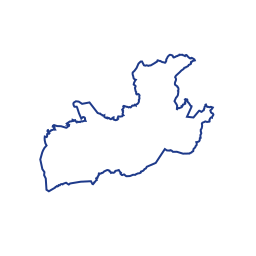 the district of Namosi, Central, Fiji, rotated 115°
{"feature_id": "14151628B28251361437248", "entity_name": "Namosi", "entity_type": "district", "adm_level": 2, "iso_a3": "FJI", "parent_name": "Fiji", "parent_adm1": "Central", "projection": "albers", "projection_center": [178.074, -18.067], "detail": "fine", "context": "isolated", "style": "outline", "palette": "blue", "viewbox_px": 256, "rotation_deg": 115, "n_neighbors": 0, "source": "geoboundaries", "source_scale": "gbopen_adm2", "svg_char_len": 5788}
<svg xmlns="http://www.w3.org/2000/svg" viewBox="0 0 256 256"><g transform="rotate(115 128 128)"><path d="M83.1,56.3L82.5,56.5L80.0,56.2L79.6,56.4L79.0,57.3L79.1,58.5L78.7,59.5L77.3,60.8L74.8,59.9L73.6,59.8L73.8,61.9L74.8,63.0L74.9,64.1L75.4,65.1L74.6,66.4L73.8,67.3L74.2,67.6L75.2,66.9L75.7,67.4L76.7,67.5L77.8,67.1L78.7,67.2L79.3,66.9L80.0,66.9L80.5,67.4L81.8,67.9L82.4,68.4L82.1,70.4L82.4,70.9L90.8,73.1L92.9,79.3L82.1,79.4L81.4,79.6L81.4,80.7L79.7,83.3L79.2,84.8L78.8,85.1L78.7,85.5L77.3,86.2L77.1,86.7L77.5,87.6L77.5,88.1L78.0,88.4L78.2,88.0L80.4,87.0L80.9,87.2L81.3,86.6L81.7,86.4L82.2,86.6L83.6,88.1L84.7,87.9L85.4,88.6L85.8,88.1L86.4,88.1L88.4,90.0L88.4,90.3L88.8,90.8L88.8,91.5L89.2,91.7L89.5,91.3L90.2,91.4L90.2,91.7L87.1,92.8L86.2,93.8L84.0,97.2L80.2,97.3L78.8,96.8L77.1,96.7L73.8,97.7L73.3,98.4L72.9,98.3L72.1,98.4L70.9,99.0L70.1,99.7L70.0,100.4L69.4,100.9L69.1,102.4L69.1,103.1L68.6,103.9L67.4,104.5L66.2,104.7L65.1,104.7L63.9,104.9L62.8,105.6L62.1,106.7L61.2,106.8L59.9,106.5L55.6,104.7L53.3,103.9L51.1,102.6L49.6,102.4L48.8,101.3L48.3,101.2L46.7,99.8L45.1,99.6L44.5,98.9L43.3,98.1L42.5,98.3L42.3,98.6L41.5,98.8L41.1,98.6L40.9,98.1L39.8,97.6L38.5,96.0L37.8,96.8L37.6,97.9L37.5,99.9L38.4,100.4L38.3,101.1L38.7,101.6L38.6,101.9L37.8,104.6L37.4,104.9L37.2,106.0L37.6,106.5L38.7,106.7L38.6,107.9L38.8,108.8L38.6,109.6L39.4,111.1L39.7,112.2L39.8,112.4L40.4,112.4L41.2,113.3L41.9,113.6L42.5,114.6L43.4,115.0L44.3,116.0L44.7,116.2L44.8,116.6L44.5,117.1L43.5,118.3L43.7,120.3L44.1,121.1L45.3,121.7L46.7,122.1L48.7,122.1L49.4,122.3L50.3,122.1L50.9,121.7L53.0,121.8L53.3,122.3L53.3,123.0L53.8,124.9L53.6,127.1L54.0,128.1L54.0,129.2L54.2,129.8L55.5,129.8L56.2,130.0L56.9,130.8L57.4,130.9L61.6,133.8L62.5,135.3L63.0,135.7L63.3,137.6L64.2,138.7L64.4,140.1L61.8,143.4L62.4,144.6L65.2,145.7L70.0,145.6L73.4,146.3L75.7,147.2L76.6,146.9L77.8,146.2L78.7,145.3L80.7,143.8L81.1,142.4L81.0,141.3L82.5,141.6L84.6,141.6L86.2,141.2L86.6,139.1L87.3,138.6L88.7,138.7L91.6,136.5L91.9,135.8L93.3,135.2L93.8,134.6L93.8,134.0L92.9,133.2L92.9,132.8L93.0,132.1L93.6,131.3L94.5,131.2L96.6,130.0L97.8,130.1L98.0,129.8L98.5,129.8L99.6,129.2L101.2,129.3L102.4,129.7L103.0,130.4L103.8,130.8L104.3,130.5L104.2,131.8L105.0,131.9L105.3,132.2L105.6,133.2L106.1,133.7L107.2,133.9L108.2,134.3L108.3,135.4L109.1,136.1L109.0,137.3L109.3,137.8L109.7,141.1L110.0,141.4L110.6,141.4L111.3,140.5L112.1,140.5L113.7,141.0L114.2,140.0L114.8,140.2L115.5,139.2L117.6,138.9L118.4,137.5L119.0,138.2L119.8,138.2L121.0,139.9L121.6,141.7L123.6,141.6L123.9,140.8L125.0,141.2L126.1,142.4L126.4,144.2L126.3,144.7L124.5,145.6L125.3,146.3L126.7,146.7L127.3,147.3L127.3,148.4L127.0,149.0L127.0,149.8L127.8,150.3L127.3,151.4L127.6,151.8L128.1,151.9L128.1,153.6L128.0,154.0L127.6,154.4L126.6,154.8L126.9,155.0L126.9,155.5L127.4,156.3L127.2,156.5L127.1,157.0L127.1,158.3L126.7,159.2L127.0,159.6L127.2,161.9L121.1,173.7L125.5,179.8L124.9,183.8L125.8,186.5L127.8,187.8L128.7,187.9L129.4,187.6L130.3,186.9L131.3,185.7L131.3,185.3L130.4,183.5L131.0,182.7L135.3,178.7L139.2,174.3L137.4,173.6L137.0,173.3L136.8,172.0L137.2,171.2L138.5,170.5L139.5,169.5L139.8,170.4L141.5,172.3L141.6,173.0L142.2,173.6L142.8,173.9L142.8,174.4L143.4,175.1L143.4,176.1L143.1,176.0L143.8,176.4L143.7,176.7L143.9,177.0L144.1,176.6L144.4,176.7L144.0,177.4L144.2,177.8L143.8,178.5L143.9,179.0L143.3,179.3L143.6,179.8L143.9,179.8L144.6,180.4L144.5,180.6L144.0,180.9L144.0,181.7L145.2,181.3L146.1,182.4L146.7,183.5L149.7,185.3L149.9,184.0L150.7,184.3L150.0,182.7L151.2,182.4L152.2,183.2L153.2,183.5L153.9,184.1L154.7,189.5L156.2,193.0L156.6,196.3L157.7,197.0L158.6,196.8L158.6,196.5L158.2,196.0L158.5,195.6L158.4,195.0L158.8,194.7L159.4,194.8L159.5,194.3L159.9,194.1L160.3,193.4L160.5,193.7L160.4,194.1L160.7,194.8L161.6,195.5L162.3,196.5L162.7,196.8L163.7,196.9L164.1,197.3L164.4,198.2L164.4,198.8L163.7,199.6L163.9,199.8L164.6,199.8L165.1,199.5L166.2,197.0L166.7,197.2L166.8,197.9L167.5,198.7L167.8,198.7L169.6,197.8L170.2,197.8L170.6,197.9L170.9,199.8L172.4,199.3L174.3,198.3L176.8,196.4L178.3,194.4L181.3,195.3L184.0,195.5L186.4,195.4L193.6,194.2L201.5,188.2L203.3,185.1L206.2,184.1L208.5,181.2L218.4,175.8L218.8,173.0L212.9,168.9L212.0,168.8L211.5,168.2L210.7,167.9L210.7,167.1L210.1,166.7L209.8,166.6L209.1,166.7L208.7,165.6L207.6,165.3L207.2,164.9L206.7,164.1L206.7,163.4L206.0,163.2L203.8,161.0L204.3,157.9L203.9,157.5L202.8,157.1L196.7,148.2L191.9,139.1L193.3,137.2L193.5,136.5L194.5,136.0L193.9,136.0L192.0,135.5L191.7,135.7L191.3,135.6L190.6,135.1L189.1,134.9L188.4,134.3L187.6,134.9L187.1,135.6L186.8,135.5L186.7,135.3L187.0,134.8L186.2,134.6L185.4,134.9L185.0,134.7L184.6,134.9L183.1,134.5L182.4,134.8L182.2,135.1L181.4,135.1L181.2,133.9L180.8,133.4L180.0,133.0L180.0,132.7L179.0,131.8L177.5,131.3L175.2,129.4L174.6,128.5L174.5,126.7L175.2,126.3L175.3,124.8L175.4,124.5L175.8,124.3L175.0,123.3L174.9,122.5L174.1,121.6L173.7,121.4L172.8,121.5L171.9,121.0L171.4,120.2L170.0,118.6L171.1,116.9L171.6,115.4L172.6,115.5L173.2,113.9L173.1,113.3L172.1,112.4L171.7,111.6L172.1,110.7L172.4,109.2L171.2,106.7L170.4,105.6L168.3,103.7L167.3,101.5L166.1,101.0L165.8,100.5L165.1,100.0L164.2,98.6L163.3,97.7L162.9,97.6L162.1,97.9L160.6,96.4L159.6,95.9L158.3,95.7L157.1,94.7L155.2,94.6L147.9,88.1L131.5,85.7L131.9,83.3L130.8,80.5L130.3,80.4L130.1,80.0L130.1,78.8L130.6,77.2L128.9,73.7L128.0,67.3L125.1,61.4L124.3,61.1L123.4,60.1L122.4,59.9L121.5,59.1L120.2,59.5L119.1,59.7L117.5,59.0L116.6,58.9L116.1,59.1L114.4,58.6L112.7,59.3L112.0,60.1L110.6,58.3L109.8,57.9L108.6,57.9L106.8,58.6L106.2,58.0L105.2,58.7L103.7,59.4L102.0,59.3L101.4,59.6L100.6,60.5L100.2,60.5L99.1,61.3L97.3,61.1L96.6,61.2L94.7,61.7L92.8,62.9L91.8,62.8L90.2,61.3L89.4,60.8L89.1,58.9L87.8,56.9L87.2,56.9L86.4,57.6L84.6,57.6L83.4,57.2L83.1,56.6L83.1,56.3Z" fill="none" stroke="#1e3a8a" stroke-width="2"/></g></svg>